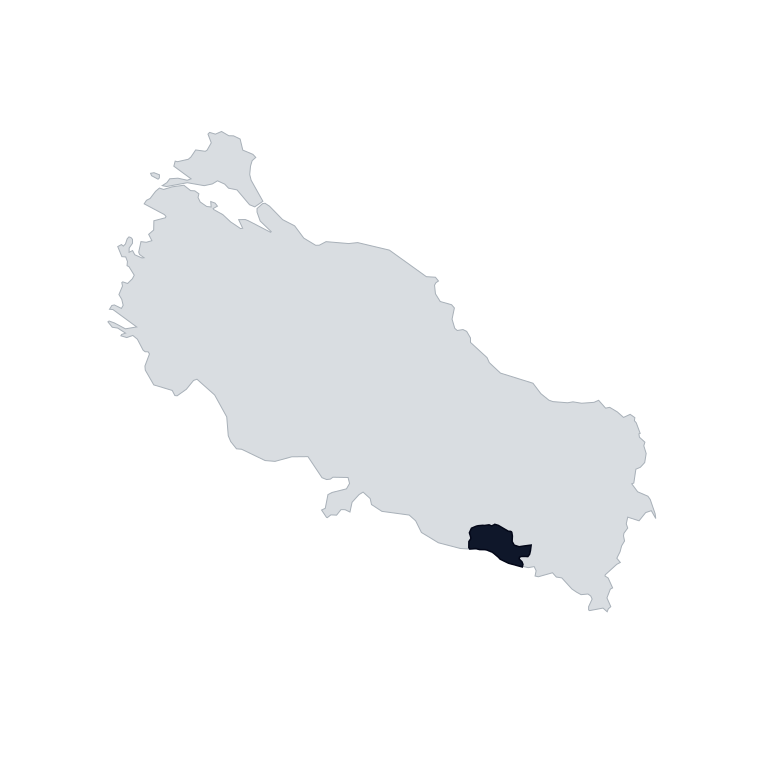 location of Mardin within Turkey, rotated 29°
{"feature_id": "TUR-3041", "entity_name": "Mardin", "entity_type": "Province", "adm_level": 1, "iso_a3": "TUR", "parent_name": "Turkey", "parent_adm1": "", "projection": "orthographic", "projection_center": [40.921, 37.344], "detail": "fine", "context": "in_parent", "style": "filled", "palette": "ink", "viewbox_px": 768, "rotation_deg": 29, "n_neighbors": 0, "source": "natural_earth", "source_scale": "10m", "svg_char_len": 4436}
<svg xmlns="http://www.w3.org/2000/svg" viewBox="0 0 768 768"><g transform="rotate(29 384 384)"><path d="M579.6,294.2L589.5,297.7L592.7,295.0L601.6,295.3L609.7,297.1L614.0,291.2L619.7,291.8L620.8,294.7L623.5,295.7L632.0,303.0L631.1,304.0L633.2,306.7L640.4,308.4L641.2,312.1L647.0,317.7L650.1,326.3L648.6,332.5L645.6,336.4L650.5,349.5L649.1,351.2L658.1,355.3L669.2,354.2L672.8,355.9L684.0,366.0L686.9,369.9L679.2,365.2L675.2,369.6L673.4,380.0L661.7,382.3L663.7,388.9L667.0,391.8L666.2,398.2L667.1,400.7L670.5,404.7L670.3,410.4L671.8,416.3L672.1,423.5L677.2,425.5L675.0,428.9L670.0,443.6L670.4,444.8L674.1,445.0L682.8,451.5L681.4,453.7L682.7,463.0L690.3,468.8L689.2,471.9L689.6,475.0L684.2,473.8L673.7,482.5L672.5,482.4L670.9,479.5L670.3,471.2L667.6,469.2L664.2,468.8L658.5,472.7L653.1,472.7L647.7,472.2L633.5,467.4L628.3,469.3L622.9,467.4L612.4,477.8L609.2,478.7L607.6,473.6L603.9,470.9L599.2,474.7L581.0,479.8L572.6,480.7L562.4,479.0L553.9,479.5L530.7,490.8L508.5,496.5L488.7,495.7L478.0,488.3L469.6,486.4L443.9,496.4L431.5,495.5L427.5,490.9L418.1,488.7L415.8,492.8L413.4,502.9L416.3,512.5L410.9,512.8L407.3,514.7L406.1,521.7L401.0,524.2L399.2,528.4L398.3,528.5L390.5,524.5L392.9,521.2L388.6,507.9L391.2,504.0L402.0,493.9L402.1,487.7L397.9,483.2L384.5,490.3L383.2,493.2L380.1,495.4L375.2,496.0L352.7,484.4L338.6,492.4L326.2,504.5L317.1,508.6L291.1,510.1L286.4,512.2L277.9,508.7L272.9,504.8L262.4,489.0L241.2,475.7L218.1,470.5L215.7,473.2L213.7,484.4L208.8,494.6L206.7,495.5L201.9,492.3L183.1,496.4L168.5,487.6L166.2,484.2L164.3,471.4L162.1,470.2L159.5,471.6L156.9,471.2L146.6,464.4L140.8,463.3L136.5,468.1L130.5,469.4L130.5,467.9L133.3,464.8L124.0,464.2L118.8,466.1L112.4,463.5L113.0,462.2L118.6,461.3L131.1,461.1L140.0,454.0L110.8,450.3L107.7,451.7L107.9,447.3L109.8,445.6L117.7,445.2L117.7,441.6L113.6,437.1L108.8,434.3L107.8,425.1L105.5,422.4L106.0,421.3L111.0,420.4L112.9,414.0L112.8,409.9L104.0,405.0L101.9,405.1L100.2,401.2L96.5,398.1L93.0,399.7L84.5,392.9L86.8,389.3L89.1,389.8L90.0,386.9L89.0,381.5L89.6,379.0L91.7,378.6L93.9,379.4L95.8,382.8L95.2,388.6L97.2,392.4L99.4,389.2L103.4,391.8L111.2,391.1L112.9,389.9L107.3,389.2L105.5,387.5L102.4,377.3L107.4,375.3L111.5,371.2L105.6,367.2L107.9,361.0L103.6,352.8L112.2,344.6L112.1,343.2L109.9,342.3L86.9,342.7L87.2,338.5L89.5,335.1L90.8,326.2L92.6,321.5L96.9,320.7L103.1,314.3L112.6,307.2L121.1,308.6L124.9,306.8L129.9,307.4L130.9,311.0L135.0,313.9L142.9,314.7L147.0,313.0L144.0,308.4L148.6,307.7L152.1,309.2L149.5,313.4L150.5,314.0L160.9,314.0L171.3,316.6L183.2,317.6L184.9,316.3L177.2,310.7L183.0,307.4L186.1,307.0L211.3,306.3L211.5,305.4L196.7,301.5L189.6,295.2L187.9,292.1L190.3,285.2L192.3,283.6L197.7,284.0L215.7,289.4L229.2,289.0L243.1,295.3L257.0,295.8L260.1,294.0L264.3,287.6L285.0,278.3L292.4,273.1L323.8,264.3L369.0,269.6L377.2,265.7L381.7,267.5L380.3,270.3L380.3,273.1L385.3,280.2L393.2,284.6L404.7,281.9L408.7,283.4L412.1,294.3L418.9,301.0L422.1,301.7L426.7,298.1L430.8,297.9L437.3,301.8L439.5,305.7L461.4,311.0L465.8,314.3L480.6,318.0L513.9,311.1L525.9,316.4L536.0,318.2L540.3,317.5L553.7,311.4L557.9,308.0L566.2,305.0L576.6,298.2L579.6,294.2ZM162.0,248.0L160.4,252.6L161.6,258.1L165.0,265.9L169.0,270.2L189.5,282.9L185.1,291.7L179.5,292.4L161.3,285.5L153.1,288.1L147.8,286.4L139.9,287.0L136.9,292.2L130.6,297.7L114.4,303.3L98.1,316.7L93.9,318.0L96.5,313.1L97.1,308.4L104.0,303.9L113.1,301.2L115.8,298.1L94.6,295.4L93.3,290.3L95.6,289.7L103.9,282.3L105.1,279.0L105.8,270.6L114.9,267.1L115.9,265.2L116.0,256.8L108.9,250.8L109.5,248.5L115.4,247.2L119.5,241.9L127.9,242.1L132.1,239.9L139.4,239.5L147.1,247.9L158.0,246.7L162.0,248.0ZM87.1,314.4L79.7,314.5L77.7,312.9L80.4,310.7L86.2,309.9L87.6,312.7L87.1,314.4Z" fill="#d9dde1" stroke="#a8b0b8" stroke-width="1"/><path d="M593.7,477.0L579.8,480.4L570.5,480.9L569.8,480.7L568.3,480.1L560.3,478.5L554.0,479.4L552.4,480.0L547.9,482.5L546.3,482.9L545.6,483.0L544.8,483.1L544.1,483.4L543.4,483.8L539.0,486.8L537.5,486.0L534.6,480.6L534.9,477.3L534.5,476.4L532.8,474.6L531.8,473.7L530.8,472.7L530.4,467.7L533.7,463.5L535.2,462.2L538.9,459.7L540.5,459.0L544.2,456.2L546.9,456.0L548.4,453.9L548.9,453.0L552.5,452.2L564.1,452.5L566.2,451.5L567.1,451.5L567.7,451.8L570.0,454.7L572.4,459.6L576.0,461.8L581.1,460.8L584.7,458.0L590.8,453.5L592.9,458.8L593.9,462.4L593.5,465.2L591.0,466.4L587.8,468.2L586.5,469.7L587.0,471.5L590.9,472.6L593.0,474.4L593.7,477.0L593.7,477.0Z" fill="#0f172a" stroke="#020617" stroke-width="1.5"/></g></svg>